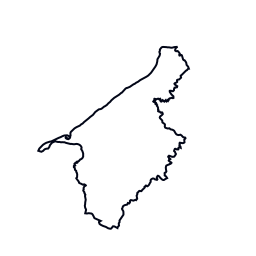 outline of Parrita, Puntarenas, Costa Rica, rotated 125°
{"feature_id": "36466004B95019586049956", "entity_name": "Parrita", "entity_type": "district", "adm_level": 2, "iso_a3": "CRI", "parent_name": "Costa Rica", "parent_adm1": "Puntarenas", "projection": "equal_earth", "projection_center": [-84.334, 9.549], "detail": "fine", "context": "isolated", "style": "outline", "palette": "ink", "viewbox_px": 256, "rotation_deg": 125, "n_neighbors": 0, "source": "geoboundaries", "source_scale": "gbopen_adm2", "svg_char_len": 5799}
<svg xmlns="http://www.w3.org/2000/svg" viewBox="0 0 256 256"><g transform="rotate(125 128 128)"><path d="M182.4,80.0L180.7,79.9L178.5,82.1L177.2,82.3L176.1,82.8L176.0,83.1L175.3,83.1L174.5,82.8L173.5,82.8L173.0,82.6L172.6,82.0L172.3,81.1L172.0,80.8L170.7,80.8L167.7,80.2L167.2,80.2L166.7,80.7L166.0,80.3L165.5,80.3L165.3,80.5L165.1,80.5L164.8,80.3L164.7,78.8L163.9,78.4L162.4,78.2L160.6,78.5L159.3,78.5L158.7,78.8L158.2,79.3L157.2,79.6L156.3,79.4L155.2,78.8L154.9,78.4L154.6,77.7L154.6,76.2L154.1,75.6L154.1,75.0L153.8,74.5L153.1,74.5L152.7,75.4L151.8,76.2L150.8,76.1L150.3,76.3L150.0,76.2L149.8,75.6L149.8,74.6L150.3,73.0L150.6,70.9L150.6,70.1L150.4,69.3L149.9,68.7L148.3,68.1L146.6,67.2L145.9,68.9L145.8,69.5L145.9,70.6L145.7,70.9L145.1,71.1L144.2,72.0L143.8,72.2L143.2,72.0L142.7,71.6L141.5,71.7L140.3,73.0L138.8,74.3L137.5,74.9L136.7,75.0L134.9,73.9L134.5,73.5L133.6,73.3L133.0,72.6L131.6,72.4L131.4,72.9L131.6,73.4L131.6,74.4L131.4,75.9L130.8,76.0L129.2,75.5L129.1,76.1L129.4,76.9L128.8,77.4L128.6,78.5L128.3,78.7L127.2,78.5L126.9,77.7L126.3,75.4L125.9,74.7L124.9,73.7L122.8,73.7L121.8,73.8L121.2,75.1L120.7,75.6L120.4,77.1L118.7,77.6L118.2,77.6L117.9,77.3L117.7,77.0L117.6,75.9L116.8,74.6L116.3,74.6L115.7,75.2L114.9,75.3L114.2,74.6L114.0,73.5L113.1,74.4L112.8,75.9L112.6,76.1L112.0,76.0L111.6,76.3L110.9,77.1L110.3,77.1L109.0,74.4L108.0,73.7L107.4,73.5L105.3,75.2L103.5,75.0L103.1,75.5L103.1,75.9L103.6,76.7L103.8,77.4L103.8,78.1L103.4,79.7L103.4,81.2L104.7,82.4L105.1,83.2L105.4,84.3L105.4,84.9L105.0,86.1L103.8,88.6L103.8,89.8L104.0,90.8L104.7,92.4L104.5,93.9L105.6,95.1L106.2,96.9L106.3,97.9L105.6,98.8L104.1,99.6L103.7,100.3L103.7,103.0L102.2,104.3L101.6,107.4L101.2,108.0L100.2,108.3L97.8,107.6L96.6,107.5L96.1,108.1L95.7,108.8L95.7,109.2L96.4,109.5L96.7,109.9L96.7,110.3L96.4,111.5L96.9,112.2L97.0,112.9L96.7,113.1L95.8,113.4L95.8,113.9L94.4,114.8L93.7,115.7L93.3,117.0L92.6,117.2L92.5,119.5L92.1,119.7L91.6,119.0L91.3,119.5L91.3,120.4L91.9,122.0L91.8,122.5L90.8,122.5L89.9,121.5L89.4,121.5L89.1,123.1L88.9,123.1L88.0,121.1L86.7,120.2L86.4,119.5L86.7,119.1L86.7,118.5L85.7,118.3L86.0,117.6L87.4,116.6L87.4,116.1L87.2,115.8L86.8,115.6L85.3,115.6L85.3,114.8L85.6,113.9L85.5,113.3L84.5,113.3L83.5,113.1L84.2,111.9L84.2,111.6L82.2,111.5L82.2,111.2L82.5,110.7L81.7,110.7L80.9,111.1L80.4,111.1L79.7,110.8L79.4,110.3L78.4,109.8L77.8,108.3L77.3,108.0L76.0,109.0L75.6,111.6L75.2,112.7L74.4,114.6L73.6,115.1L72.9,114.3L72.3,112.6L72.1,112.3L70.8,112.0L69.6,112.7L68.3,113.0L67.6,112.0L66.1,112.0L66.1,111.4L65.5,111.6L65.5,114.4L65.4,114.9L65.0,115.4L64.1,115.2L63.3,114.6L62.1,114.1L61.9,114.2L60.9,115.2L60.5,115.3L59.8,114.9L59.0,114.0L56.4,113.4L56.1,113.5L55.3,114.6L54.9,114.9L53.9,114.5L47.8,113.4L46.8,112.9L44.9,112.7L44.5,112.2L43.3,113.9L42.7,116.2L41.1,117.8L40.7,118.6L40.1,120.3L40.1,120.7L40.4,121.2L40.3,122.1L37.6,125.5L37.6,126.2L37.7,126.4L39.0,127.1L39.1,127.5L38.7,128.0L37.5,128.1L36.9,129.4L36.5,131.0L36.5,131.5L37.5,132.6L37.5,133.8L36.5,134.4L35.5,134.6L34.6,134.6L33.1,134.0L35.2,136.5L36.8,137.8L37.5,138.7L38.4,140.7L39.3,141.9L39.6,142.7L41.5,145.8L42.0,146.3L42.7,146.7L43.4,146.8L45.4,146.9L46.5,146.1L47.6,146.0L48.4,145.2L48.6,144.5L49.1,144.2L50.7,143.6L54.8,143.3L56.7,142.2L59.5,141.1L62.0,140.8L69.5,140.8L73.4,141.5L75.4,142.3L81.8,145.5L84.4,146.3L86.2,147.3L88.1,147.9L88.9,148.5L93.2,150.1L95.6,151.6L96.0,152.1L97.1,152.6L102.5,153.3L103.2,153.7L105.9,154.4L111.2,156.6L114.9,157.5L116.7,157.6L119.2,158.3L121.1,158.5L123.3,159.3L124.1,159.8L127.3,160.7L128.1,161.2L129.5,162.6L133.7,164.0L137.3,164.2L140.6,165.3L142.8,165.8L148.3,167.4L150.3,167.7L152.0,168.5L153.6,168.8L156.9,170.7L159.0,171.6L163.7,172.5L164.6,172.5L165.9,171.8L167.0,170.8L168.1,170.5L168.7,170.1L169.6,169.9L170.6,170.1L171.4,170.5L171.8,171.4L172.0,172.1L172.0,173.0L171.8,173.5L171.2,173.6L171.1,172.8L171.3,171.5L171.2,171.1L170.3,170.3L169.2,170.1L168.6,170.6L168.4,171.1L168.9,173.7L170.7,175.9L172.3,177.0L174.2,178.0L175.8,179.1L183.1,183.2L183.8,184.0L186.9,186.4L188.7,187.3L190.5,188.0L195.4,188.8L196.0,188.8L198.1,188.4L197.6,186.7L197.1,185.3L195.4,184.4L193.9,184.2L192.8,183.8L191.8,183.0L190.6,181.6L188.5,181.6L186.9,182.1L183.6,181.8L180.7,180.1L179.7,177.5L179.4,177.0L178.8,176.3L178.1,174.6L177.6,174.1L176.1,171.8L175.8,170.4L174.1,166.0L173.7,165.6L172.3,162.9L170.7,161.2L170.2,160.4L169.7,158.9L169.6,157.3L169.9,156.1L170.2,155.4L170.9,154.6L172.1,154.3L173.1,152.1L174.6,150.1L177.2,148.3L179.0,148.1L180.3,148.5L181.2,149.1L183.3,149.3L184.1,149.8L185.0,150.6L185.3,150.4L185.5,149.7L186.0,149.9L186.1,150.5L186.6,151.1L187.1,151.1L187.8,151.3L188.1,151.3L189.0,149.7L189.6,149.9L189.9,150.6L190.1,150.6L191.2,149.8L191.3,148.6L192.5,147.6L192.7,147.3L192.8,145.9L193.7,145.1L194.0,144.3L194.2,144.2L195.0,143.1L197.5,141.5L198.6,141.6L198.9,141.5L200.1,137.8L200.5,137.1L200.9,136.8L200.9,135.9L200.5,134.1L200.4,132.7L199.9,131.9L199.6,131.6L199.3,131.6L199.2,131.3L199.1,130.1L199.2,129.6L199.5,129.6L200.7,130.2L202.2,130.1L202.9,129.8L203.6,129.1L204.1,129.1L205.0,128.7L205.5,127.1L206.2,126.6L206.3,125.9L206.9,125.4L207.2,124.6L207.6,124.6L208.4,124.2L211.0,121.5L213.4,120.4L215.2,119.3L216.4,118.8L217.9,117.3L218.5,116.2L219.1,115.4L222.4,114.1L221.6,112.6L220.3,111.3L220.0,110.7L219.0,108.8L219.0,107.9L219.5,106.6L221.1,103.7L219.8,97.1L221.5,97.9L221.9,97.7L222.9,96.2L222.9,94.6L222.5,92.1L221.7,89.4L221.5,86.7L220.7,84.7L220.0,84.1L217.1,83.9L216.4,82.6L216.0,79.3L215.4,79.6L213.1,79.4L211.8,80.6L211.3,80.9L210.0,80.9L208.6,81.9L201.8,82.0L201.3,82.2L199.4,83.6L198.8,84.2L198.0,86.1L197.6,86.6L196.4,86.7L195.5,87.1L194.4,87.1L192.9,86.3L191.3,84.8L190.6,84.7L190.1,85.0L189.5,85.1L189.0,83.7L187.6,83.8L186.7,84.6L185.7,84.5L185.4,84.3L184.4,81.9L182.4,80.6L182.4,80.0Z" fill="none" stroke="#020617" stroke-width="2"/></g></svg>